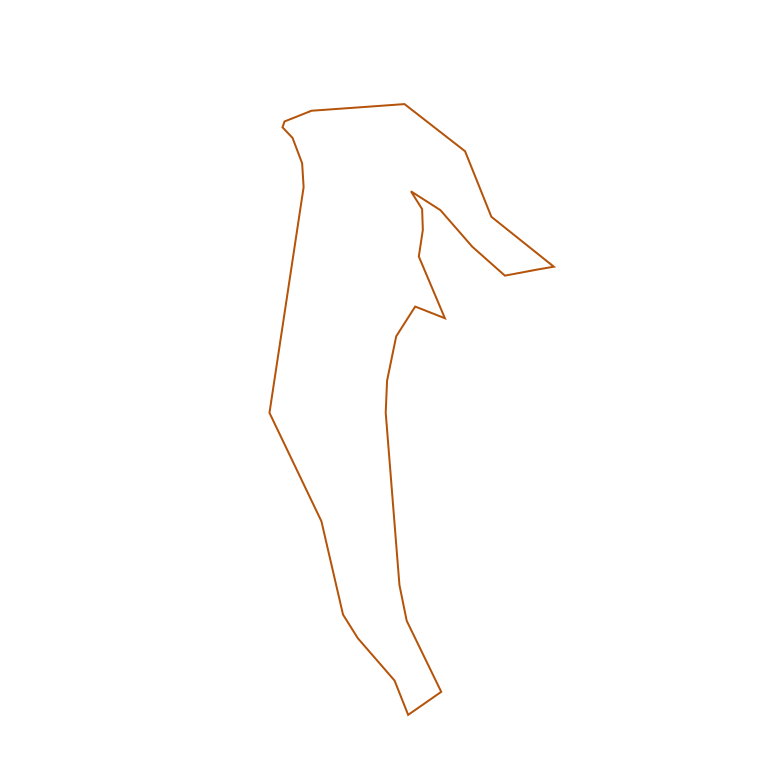 SVG path tracing the border of Trieste, rotated 223°
{"feature_id": "ITA-5458", "entity_name": "Trieste", "entity_type": "Province", "adm_level": 1, "iso_a3": "ITA", "parent_name": "Italy", "parent_adm1": "", "projection": "robinson", "projection_center": [13.755, 45.694], "detail": "fine", "context": "isolated", "style": "outline", "palette": "amber", "viewbox_px": 768, "rotation_deg": 223, "n_neighbors": 0, "source": "natural_earth", "source_scale": "10m", "svg_char_len": 598}
<svg xmlns="http://www.w3.org/2000/svg" viewBox="0 0 768 768"><g transform="rotate(223 384 384)"><path d="M140.7,158.5L174.0,174.3L229.7,180.2L256.7,187.4L320.7,230.5L336.1,240.9L448.1,284.8L577.0,473.1L594.4,489.6L618.7,501.6L633.3,502.5L634.1,504.4L635.8,508.2L623.4,534.4L592.5,567.6L559.9,602.7L483.4,609.5L419.5,579.5L339.8,585.6L351.1,570.7L369.5,545.7L413.0,544.6L461.3,549.6L495.7,543.3L475.4,537.9L460.7,523.2L445.5,501.0L384.3,473.6L414.0,461.9L407.6,427.2L384.0,388.5L363.2,364.2L235.6,247.5L205.9,226.3L132.2,197.9L140.7,158.5Z" fill="none" stroke="#b45309" stroke-width="2"/></g></svg>